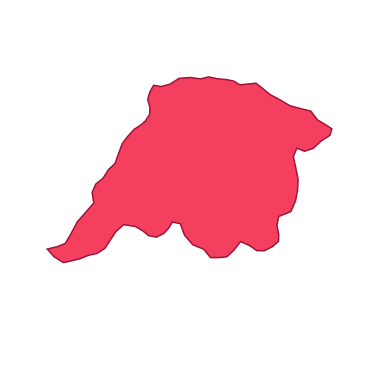 São Domingos das Dores, Minas Gerais, Brazil, rotated 220°
{"feature_id": "56859067B13750100208700", "entity_name": "São Domingos das Dores", "entity_type": "district", "adm_level": 2, "iso_a3": "BRA", "parent_name": "Brazil", "parent_adm1": "Minas Gerais", "projection": "albers", "projection_center": [-42.029, -19.515], "detail": "fine", "context": "isolated", "style": "filled", "palette": "rose", "viewbox_px": 384, "rotation_deg": 220, "n_neighbors": 0, "source": "geoboundaries", "source_scale": "gbopen_adm2", "svg_char_len": 1235}
<svg xmlns="http://www.w3.org/2000/svg" viewBox="0 0 384 384"><g transform="rotate(220 192 192)"><path d="M290.0,249.1L288.6,241.5L285.4,234.4L278.4,229.5L274.3,224.1L273.4,216.4L274.5,209.5L276.6,202.9L277.0,192.6L276.6,184.5L273.4,175.4L269.3,164.4L270.4,155.7L269.0,145.2L270.8,136.4L268.3,127.6L260.2,120.4L260.4,108.4L260.7,95.6L257.7,81.4L256.0,71.1L260.0,63.7L266.2,55.3L256.0,53.7L245.1,55.3L240.7,61.0L235.0,68.7L230.9,76.5L225.2,84.1L222.5,92.9L223.6,101.8L224.8,112.3L223.4,123.1L213.1,129.2L204.9,130.6L197.2,130.7L190.3,134.5L187.1,141.8L186.6,149.1L187.8,156.3L180.6,160.2L170.0,154.1L157.3,152.1L146.4,155.7L135.6,153.6L128.7,159.5L123.6,164.9L122.5,174.5L122.9,185.3L113.2,188.0L104.7,188.7L98.9,193.4L95.3,201.7L94.0,209.8L98.2,215.2L105.6,221.1L109.8,229.0L103.7,240.6L107.0,251.8L112.4,261.4L118.9,269.9L129.4,278.3L137.1,284.2L139.9,293.0L132.0,295.5L127.2,303.3L125.8,314.4L122.8,324.0L125.5,330.3L132.7,329.4L142.2,327.9L153.0,330.3L162.4,325.7L172.5,321.0L185.5,318.8L195.0,316.8L204.7,316.8L213.0,316.4L219.0,310.2L224.3,304.8L231.3,303.8L237.3,300.6L245.7,294.9L253.3,290.8L258.1,284.2L266.7,278.8L275.0,270.7L278.3,260.2L283.4,253.0L290.0,249.1Z" fill="#f43f5e" stroke="#9f1239" stroke-width="1.5"/></g></svg>